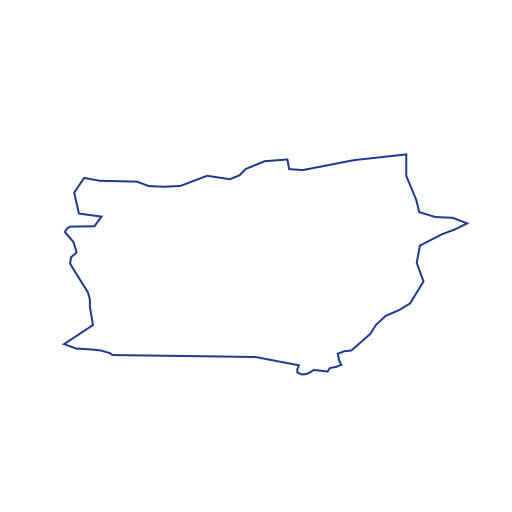 SVG path tracing the border of Kaḷutara, rotated 287°
{"feature_id": "LKA-2472", "entity_name": "Kaḷutara", "entity_type": "District", "adm_level": 1, "iso_a3": "LKA", "parent_name": "Sri Lanka", "parent_adm1": "", "projection": "equal_earth", "projection_center": [80.098, 6.573], "detail": "fine", "context": "isolated", "style": "outline", "palette": "blue", "viewbox_px": 512, "rotation_deg": 287, "n_neighbors": 0, "source": "natural_earth", "source_scale": "10m", "svg_char_len": 1052}
<svg xmlns="http://www.w3.org/2000/svg" viewBox="0 0 512 512"><g transform="rotate(287 256 256)"><path d="M166.4,358.2L164.0,344.8L162.7,343.5L160.3,341.5L157.7,338.5L156.1,334.2L156.7,329.7L159.6,328.6L162.5,329.0L164.0,328.9L159.6,288.2L159.2,284.9L147.2,243.5L119.3,147.6L120.2,145.6L120.4,145.0L120.3,135.4L118.4,125.5L114.9,111.1L115.6,98.2L142.3,120.3L158.9,112.0L165.7,109.9L172.0,106.0L194.2,80.5L200.7,79.5L207.0,83.4L216.0,77.3L223.1,66.2L226.8,67.2L229.7,69.5L237.2,92.8L248.5,96.7L244.8,74.2L263.5,63.6L280.4,68.8L282.3,84.8L292.3,120.4L291.5,132.8L295.2,147.4L300.8,163.0L318.4,185.8L321.8,208.5L328.2,216.5L336.2,220.7L349.1,236.4L357.5,257.8L348.8,262.3L351.8,275.5L376.2,321.4L397.1,370.0L376.5,376.3L356.3,393.0L345.7,399.3L345.7,416.0L350.0,432.9L348.9,448.4L339.9,438.8L331.0,427.3L313.9,409.7L296.4,411.7L280.7,423.6L255.7,417.2L246.1,408.6L236.8,397.6L225.3,390.9L214.8,388.0L193.6,374.9L190.7,368.2L186.5,362.8L180.6,365.9L176.8,369.4L173.5,365.2L170.4,359.4L166.4,358.2Z" fill="none" stroke="#1e3a8a" stroke-width="2"/></g></svg>